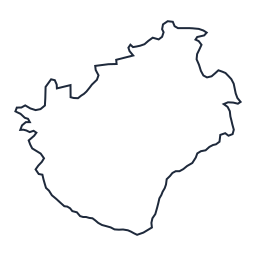 the district of Horizontina, Rio Grande do Sul, Brazil
{"feature_id": "56859067B7037292151986", "entity_name": "Horizontina", "entity_type": "district", "adm_level": 2, "iso_a3": "BRA", "parent_name": "Brazil", "parent_adm1": "Rio Grande do Sul", "projection": "albers", "projection_center": [-54.298, -27.589], "detail": "fine", "context": "isolated", "style": "outline", "palette": "slate", "viewbox_px": 256, "rotation_deg": 0, "n_neighbors": 0, "source": "geoboundaries", "source_scale": "gbopen_adm2", "svg_char_len": 2075}
<svg xmlns="http://www.w3.org/2000/svg" viewBox="0 0 256 256"><path d="M172.8,21.8L167.7,21.2L163.0,24.4L162.1,29.2L163.6,32.2L162.1,36.8L158.7,39.4L152.7,37.7L148.3,40.9L144.5,44.2L140.2,45.7L136.5,46.5L133.0,47.1L130.4,44.7L128.4,47.7L129.6,51.2L133.2,55.5L116.2,59.8L116.6,64.0L108.5,64.2L95.2,65.9L95.7,70.0L98.5,75.3L96.9,79.8L91.9,84.6L89.8,87.4L86.5,91.5L83.9,93.9L81.2,95.6L78.0,98.2L73.7,98.0L70.6,97.2L70.5,85.1L56.9,88.4L56.7,84.6L54.8,80.2L51.1,79.3L45.6,86.9L45.3,98.2L44.9,105.5L40.5,109.1L35.6,110.1L30.3,108.4L25.2,105.4L21.4,107.5L16.8,107.6L15.4,111.4L20.6,113.9L24.8,117.8L28.0,118.8L29.8,122.1L25.9,122.1L22.0,125.4L20.3,129.9L23.4,129.7L26.4,130.5L29.7,132.1L33.6,130.8L36.4,132.7L34.1,135.8L28.7,140.4L30.2,144.5L32.2,148.4L40.7,153.6L44.0,158.3L41.8,161.9L38.3,165.6L35.6,169.4L38.7,174.0L42.4,174.7L43.5,179.4L44.7,183.6L46.0,187.9L49.0,190.7L51.9,195.3L56.0,198.7L60.6,202.9L64.3,206.2L67.3,206.6L70.1,208.3L72.3,211.1L76.9,212.3L80.1,216.1L83.1,217.0L86.1,217.0L89.2,217.9L92.5,218.3L95.4,220.5L98.2,222.9L102.0,225.0L106.1,226.1L110.7,227.4L114.5,229.4L118.9,229.7L123.0,229.5L127.9,230.3L130.9,231.6L134.0,233.3L137.1,234.8L143.4,232.6L151.9,227.5L151.4,222.9L152.4,218.3L155.3,214.1L157.2,207.4L158.3,203.1L159.4,198.3L161.3,195.1L162.6,191.8L164.7,188.2L166.0,184.5L166.7,179.2L170.0,176.0L172.4,173.0L175.7,171.2L179.5,171.2L183.3,169.1L187.1,166.0L192.3,163.0L195.8,157.5L197.3,153.4L200.9,151.2L205.6,150.3L209.4,146.9L213.0,145.0L216.0,144.3L219.5,141.7L220.3,134.9L225.2,133.2L228.5,135.7L232.6,134.1L233.8,129.7L232.3,124.3L231.5,120.8L230.4,116.5L229.8,111.2L227.6,106.9L223.7,104.1L228.0,102.3L233.3,102.6L237.9,103.7L240.6,101.9L237.4,98.0L235.7,93.4L233.7,83.7L231.3,79.1L228.7,76.3L225.5,73.0L222.4,71.7L218.4,70.3L215.2,73.2L211.6,76.3L207.0,77.4L203.4,75.5L200.9,70.9L199.0,64.8L196.6,59.3L197.1,54.1L199.4,49.4L201.5,44.8L198.7,41.1L195.5,39.6L197.2,37.0L200.8,36.2L204.2,35.4L206.7,32.6L203.4,30.5L198.8,28.9L192.5,28.3L188.7,28.1L183.9,28.1L177.9,28.1L174.6,26.2L172.8,21.8Z" fill="none" stroke="#1e293b" stroke-width="2"/></svg>